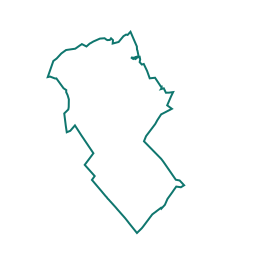 outline of Arivechi, Sonora, Mexico, rotated 243°
{"feature_id": "50627088B87528295570068", "entity_name": "Arivechi", "entity_type": "district", "adm_level": 2, "iso_a3": "MEX", "parent_name": "Mexico", "parent_adm1": "Sonora", "projection": "mercator", "projection_center": [-109.041, 28.858], "detail": "fine", "context": "isolated", "style": "outline", "palette": "teal", "viewbox_px": 256, "rotation_deg": 243, "n_neighbors": 0, "source": "geoboundaries", "source_scale": "gbopen_adm2", "svg_char_len": 1771}
<svg xmlns="http://www.w3.org/2000/svg" viewBox="0 0 256 256"><g transform="rotate(243 128 128)"><path d="M41.7,123.0L42.8,126.0L46.9,131.0L50.8,138.6L51.8,140.4L53.9,144.4L51.2,148.2L51.5,152.0L57.8,150.2L60.2,147.1L81.9,144.2L85.3,143.6L108.9,136.2L112.3,140.1L112.7,140.7L119.2,154.1L121.6,157.6L125.1,163.7L125.2,175.8L130.4,173.2L136.7,180.8L139.5,184.5L140.8,180.8L142.2,177.8L147.1,177.9L147.7,175.1L148.1,175.8L148.5,176.1L149.7,176.8L150.0,176.1L160.5,174.9L162.4,169.9L170.1,170.9L177.9,171.1L178.3,169.1L181.4,168.3L183.6,170.0L186.1,170.7L186.6,167.8L186.6,167.6L186.2,166.8L186.1,166.0L187.1,165.7L187.5,165.1L187.2,164.7L188.0,164.4L187.5,163.8L189.5,162.7L188.5,164.0L187.9,165.2L187.7,166.7L187.7,166.8L187.8,166.9L187.1,170.0L192.8,171.6L193.7,171.6L196.0,172.6L196.6,172.9L200.1,173.1L212.6,173.9L211.1,169.9L212.1,168.7L211.9,165.7L208.9,158.7L210.2,152.7L213.1,154.5L215.6,153.6L214.7,151.8L215.7,149.5L216.7,148.8L218.6,147.9L220.4,143.6L220.8,136.4L220.6,133.4L220.6,132.2L219.5,128.0L223.7,125.0L223.6,124.5L223.4,122.6L222.6,117.0L225.6,108.2L224.8,103.1L224.6,102.1L224.3,101.4L222.3,96.0L221.6,91.9L209.8,79.6L209.2,81.9L205.2,85.5L204.7,86.7L192.7,88.6L189.8,90.2L188.0,89.2L184.7,89.1L180.4,88.3L173.6,84.7L172.5,83.9L171.6,83.2L169.9,77.8L158.0,73.5L152.0,71.5L151.7,75.3L154.4,81.9L142.6,83.1L121.2,85.7L114.8,72.7L100.3,76.5L98.1,72.3L82.9,75.9L81.9,76.1L77.6,77.1L77.1,77.2L76.9,77.3L76.6,77.4L75.9,77.6L75.5,77.6L75.3,77.7L74.5,77.8L73.8,78.0L73.3,78.2L72.7,78.4L72.1,78.5L65.5,80.3L64.0,80.7L62.9,81.0L62.0,81.2L61.7,81.3L60.7,81.5L53.3,83.4L52.9,83.5L49.0,84.5L43.6,85.6L43.4,85.6L30.4,88.3L32.4,94.7L33.3,96.7L35.3,100.8L38.1,106.5L40.0,110.4L41.9,121.1L41.0,121.1L41.7,123.0Z" fill="none" stroke="#0f766e" stroke-width="2"/></g></svg>